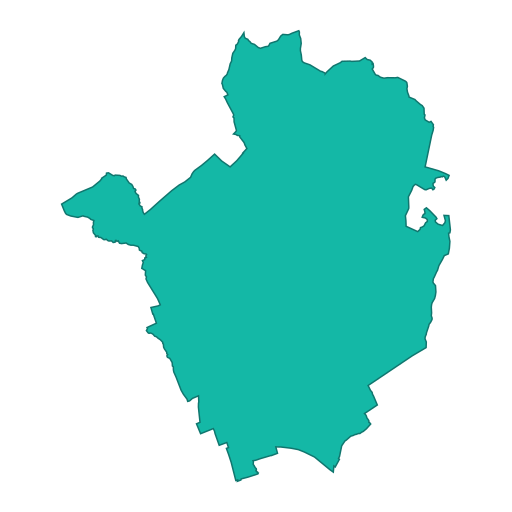 the district of Parjol, Bacau, Romania
{"feature_id": "2599482B60535260634621", "entity_name": "Parjol", "entity_type": "district", "adm_level": 2, "iso_a3": "ROU", "parent_name": "Romania", "parent_adm1": "Bacau", "projection": "albers", "projection_center": [26.599, 46.592], "detail": "fine", "context": "isolated", "style": "filled", "palette": "teal", "viewbox_px": 512, "rotation_deg": 0, "n_neighbors": 0, "source": "geoboundaries", "source_scale": "gbopen_adm2", "svg_char_len": 5985}
<svg xmlns="http://www.w3.org/2000/svg" viewBox="0 0 512 512"><path d="M366.4,428.8L370.7,424.0L369.5,422.5L368.9,422.4L368.8,420.6L366.8,417.7L366.4,416.1L365.7,414.8L364.5,413.5L377.3,405.0L373.5,396.0L372.5,394.2L372.1,392.3L370.5,390.4L368.1,385.5L412.4,355.7L426.1,347.6L426.3,342.0L425.0,338.7L425.2,336.8L426.3,334.2L426.4,333.0L428.8,325.8L429.0,324.4L430.5,322.5L432.0,319.6L432.1,318.1L431.3,315.8L431.6,312.9L431.3,307.1L431.6,304.6L432.1,302.8L434.6,298.5L435.4,295.5L435.9,292.0L435.5,285.6L433.4,283.1L432.9,282.0L433.4,278.6L434.2,277.2L436.8,271.4L437.4,270.6L438.9,265.6L442.4,259.5L444.3,255.6L448.3,253.9L449.4,248.2L449.9,241.4L448.9,236.5L448.6,233.2L449.9,232.8L450.4,229.9L448.8,215.6L444.0,215.4L445.4,220.6L444.9,222.7L442.5,225.5L438.1,224.2L435.5,222.0L435.2,220.2L436.9,218.7L436.0,217.1L429.7,210.6L426.4,207.8L424.2,209.4L424.9,211.9L424.9,213.6L423.4,214.5L422.5,216.3L422.2,217.3L425.4,218.0L427.3,219.6L427.3,221.5L425.6,222.8L424.1,225.8L422.3,227.0L420.5,227.6L420.1,229.4L417.7,231.6L406.1,226.3L405.9,220.7L405.4,215.7L408.7,208.6L408.8,207.2L408.4,196.8L411.7,190.3L413.0,186.6L414.3,185.1L415.4,184.3L416.9,184.9L424.7,189.6L426.1,189.8L429.2,188.4L431.4,188.1L431.9,188.2L432.7,189.7L433.3,189.6L434.1,189.0L434.8,187.5L433.5,186.4L433.2,185.7L433.0,183.7L433.1,183.3L434.7,182.3L435.0,181.6L435.0,179.2L435.8,178.2L437.6,177.5L440.3,177.1L441.0,176.5L442.2,176.9L443.1,176.2L443.7,176.2L444.9,177.2L446.2,180.2L448.0,178.4L449.1,175.4L445.5,173.6L438.7,170.8L425.1,166.9L431.7,135.1L433.1,130.5L433.6,127.3L433.1,126.4L433.4,124.7L431.0,121.4L429.2,122.3L425.2,119.9L424.4,117.9L425.0,115.0L424.2,114.1L424.0,108.2L422.2,105.6L420.3,104.4L416.2,100.9L414.9,99.5L409.1,97.1L408.8,95.6L407.5,92.2L406.9,88.7L407.4,86.3L406.9,83.0L406.7,82.4L405.5,81.2L397.7,77.4L395.3,77.8L387.3,77.7L384.0,78.2L380.4,77.2L377.9,75.4L376.3,75.2L375.3,74.4L372.2,69.0L373.4,67.5L373.5,66.2L373.1,63.6L372.2,64.1L372.2,62.1L370.2,60.2L367.1,59.5L365.2,57.6L359.5,61.0L351.7,61.4L350.1,61.1L342.0,61.3L340.3,62.7L333.3,66.0L327.1,71.7L325.2,73.9L325.2,73.2L321.7,71.4L321.0,71.5L309.9,64.8L304.3,62.9L302.9,62.0L302.2,61.2L301.8,60.1L301.3,55.0L300.4,50.7L300.4,48.5L301.2,43.5L300.7,38.5L299.3,34.9L299.4,32.0L298.8,30.7L292.0,33.2L289.3,34.5L287.9,34.8L282.8,34.4L280.7,36.1L278.6,39.5L277.5,40.7L276.6,41.2L270.0,43.3L268.7,45.8L268.1,46.3L265.4,46.7L260.4,48.3L258.2,47.5L254.5,44.4L251.2,43.3L249.9,41.6L248.6,40.6L247.8,39.3L245.2,38.2L244.3,36.5L243.9,32.7L241.5,36.5L239.1,39.3L238.5,40.5L238.6,41.6L237.6,43.5L236.9,44.6L236.3,44.7L235.8,45.4L235.6,48.7L234.8,50.4L232.8,53.3L231.8,57.8L231.6,61.0L230.2,63.8L228.9,69.5L227.4,73.0L227.3,73.9L226.2,75.4L224.9,76.4L223.4,78.1L222.5,80.3L221.9,83.5L222.4,84.4L223.3,88.4L225.7,91.3L226.9,92.3L227.9,94.9L224.2,96.7L225.6,98.9L227.3,102.6L233.5,114.2L233.7,115.2L233.0,116.7L233.2,117.3L234.0,117.9L234.1,121.9L236.4,130.3L236.1,131.3L233.5,134.0L236.3,134.6L237.2,135.4L239.7,135.7L239.8,137.0L244.1,142.6L245.0,145.1L246.9,148.5L242.8,153.0L243.2,153.2L236.7,160.8L230.1,166.9L221.7,161.0L214.6,154.1L207.0,160.9L201.2,165.7L195.0,170.2L193.7,171.5L192.1,173.8L190.6,177.3L184.7,182.0L179.2,185.0L171.8,190.6L159.7,201.1L150.3,209.6L144.4,214.3L143.2,212.5L142.7,210.9L142.6,209.6L142.0,208.2L141.9,206.7L140.4,206.1L138.9,203.9L139.0,203.1L139.8,203.1L139.9,202.6L139.2,201.3L139.4,199.3L138.4,197.1L138.5,195.4L136.1,193.5L135.1,191.7L135.0,191.3L135.4,191.0L135.4,190.6L135.9,190.2L135.8,189.8L135.1,188.9L133.6,188.5L132.9,186.4L131.7,184.4L129.2,183.0L126.4,179.0L126.0,177.4L124.3,176.9L123.0,176.0L121.6,176.2L119.9,175.4L115.1,175.1L114.4,175.7L112.9,175.5L108.5,172.8L106.5,173.1L106.3,175.1L101.7,178.2L101.8,178.4L101.7,178.8L99.9,181.0L92.6,187.0L77.6,193.3L76.3,194.1L71.9,197.9L61.6,204.1L64.2,210.6L65.5,213.2L66.5,214.4L70.7,216.0L77.9,217.4L83.1,215.8L83.9,216.3L87.6,217.1L90.3,218.7L90.4,219.1L90.8,219.4L93.9,220.5L93.4,222.4L93.5,224.8L92.5,226.8L92.5,227.4L92.5,227.8L93.3,228.5L93.3,229.3L92.9,230.2L93.4,232.8L95.5,235.4L95.5,236.6L96.2,236.8L96.8,236.0L98.0,235.9L98.1,236.6L98.6,237.3L100.9,237.5L103.7,239.6L105.0,239.7L106.1,239.2L108.2,240.8L109.1,241.0L111.6,240.9L113.2,242.5L115.0,242.2L115.3,241.9L115.4,240.5L116.0,240.3L117.0,241.4L118.2,240.8L119.5,243.2L121.5,243.6L126.1,243.0L128.3,244.5L130.9,245.2L133.3,245.2L138.2,246.5L139.2,248.2L139.4,250.0L140.5,250.7L141.7,251.0L142.2,252.6L144.0,253.7L146.1,254.0L146.6,254.5L145.8,256.1L146.4,257.4L144.8,257.9L144.7,259.6L142.4,260.6L143.3,262.5L142.4,265.1L141.8,268.4L145.6,270.7L145.3,275.1L146.5,276.9L146.0,278.9L147.6,282.5L157.5,298.5L160.3,304.8L158.1,305.9L150.9,307.5L152.8,314.1L153.3,314.1L156.4,323.2L147.0,327.5L147.5,328.5L146.4,330.6L148.3,333.0L149.1,333.3L150.4,333.0L151.9,333.5L153.1,334.3L154.7,336.2L156.4,336.7L158.0,338.2L160.3,339.7L162.6,342.1L162.9,343.7L163.4,344.2L163.6,347.0L164.3,348.7L166.7,352.2L166.8,353.7L167.7,354.6L166.9,355.7L167.1,356.6L167.5,357.3L169.8,358.4L172.2,362.6L172.4,366.0L173.3,366.7L173.4,369.9L173.8,372.0L176.2,377.4L181.1,390.2L183.5,394.4L187.0,399.1L187.7,401.4L189.6,400.9L192.4,398.4L198.5,395.8L198.8,402.1L198.5,403.0L198.4,407.0L200.0,422.3L196.5,423.8L200.6,433.7L213.3,428.6L214.5,431.1L215.1,433.7L219.2,445.3L226.8,442.5L228.5,447.6L226.4,448.4L228.7,454.7L231.2,462.4L235.8,480.5L237.6,480.0L237.4,481.3L240.9,480.0L241.2,478.9L248.1,477.1L257.9,473.9L258.3,473.0L257.5,472.6L257.5,472.0L256.5,471.6L256.4,470.9L255.9,470.7L256.4,469.4L256.2,468.6L255.1,467.6L254.9,466.9L254.4,466.5L254.2,465.7L253.2,464.4L253.4,461.6L253.0,460.7L255.5,460.3L260.8,458.5L271.0,455.5L271.3,455.6L277.5,453.3L275.8,446.9L280.9,447.0L291.0,448.2L298.3,449.6L304.3,452.0L314.5,457.0L329.9,469.7L333.3,472.1L333.9,466.0L335.2,467.0L339.4,459.3L338.5,458.5L339.5,456.5L341.7,445.8L345.0,440.9L346.3,440.1L350.7,436.2L353.4,435.4L355.0,434.5L355.8,434.5L358.5,433.5L359.9,433.5L361.5,432.3L363.3,431.4L366.4,428.8Z" fill="#14b8a6" stroke="#0f766e" stroke-width="1.5"/></svg>